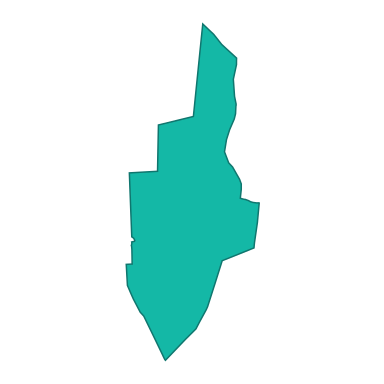 Barbar, River Nile, Sudan, rotated 89°
{"feature_id": "16777658B59808076214537", "entity_name": "Barbar", "entity_type": "district", "adm_level": 2, "iso_a3": "SDN", "parent_name": "Sudan", "parent_adm1": "River Nile", "projection": "mercator", "projection_center": [33.64, 18.168], "detail": "fine", "context": "isolated", "style": "filled", "palette": "teal", "viewbox_px": 384, "rotation_deg": 89, "n_neighbors": 0, "source": "geoboundaries", "source_scale": "gbopen_adm2", "svg_char_len": 1161}
<svg xmlns="http://www.w3.org/2000/svg" viewBox="0 0 384 384"><g transform="rotate(89 192 192)"><path d="M106.0,146.4L104.7,146.4L97.1,147.8L80.0,148.7L76.1,147.8L65.4,145.3L61.1,145.2L58.9,145.1L52.9,151.4L49.8,154.7L47.1,157.5L45.1,159.6L44.9,159.8L34.7,167.6L31.0,171.4L24.3,178.2L24.2,178.3L25.9,178.5L44.2,180.7L116.5,189.3L124.4,224.4L170.7,226.1L171.8,254.3L217.0,253.4L235.8,253.0L237.2,251.1L239.5,250.0L240.3,250.4L240.6,252.0L240.9,253.2L242.0,253.0L243.2,253.3L243.8,253.3L244.4,253.6L245.4,253.3L248.6,253.1L263.0,253.1L263.2,259.0L284.3,258.2L293.3,254.5L298.0,252.5L311.4,245.8L315.2,242.4L334.1,233.6L353.4,224.7L355.9,223.6L358.9,222.2L359.8,221.5L339.1,201.0L328.9,190.4L327.2,189.5L322.2,186.8L309.9,179.8L306.9,178.4L283.6,170.5L261.2,163.0L249.0,131.0L246.1,130.7L243.7,130.4L223.3,127.1L222.2,127.0L204.2,125.0L204.0,125.8L204.1,127.2L203.5,131.2L202.7,133.8L201.7,135.4L200.3,139.0L200.3,139.8L199.9,141.2L199.7,141.9L199.1,143.8L190.2,142.7L184.8,142.6L180.2,144.2L167.7,151.0L163.5,154.8L152.4,158.8L140.2,156.6L130.4,153.3L119.8,148.5L114.6,147.1L106.9,146.6L106.0,146.4Z" fill="#14b8a6" stroke="#0f766e" stroke-width="1.5"/></g></svg>